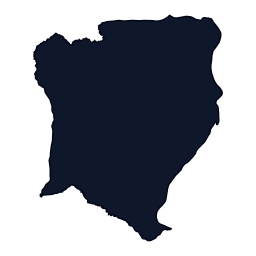 outline of Thala Barivat, Stœng Trêng, Cambodia
{"feature_id": "14789045B9277653142269", "entity_name": "Thala Barivat", "entity_type": "district", "adm_level": 2, "iso_a3": "KHM", "parent_name": "Cambodia", "parent_adm1": "Stœng Trêng", "projection": "albers", "projection_center": [105.709, 13.631], "detail": "fine", "context": "isolated", "style": "filled", "palette": "ink", "viewbox_px": 256, "rotation_deg": 0, "n_neighbors": 0, "source": "geoboundaries", "source_scale": "gbopen_adm2", "svg_char_len": 5555}
<svg xmlns="http://www.w3.org/2000/svg" viewBox="0 0 256 256"><path d="M41.3,196.8L42.5,195.3L43.5,195.0L52.1,194.3L55.2,193.3L56.5,193.3L57.9,192.9L58.6,192.4L59.1,192.4L59.5,192.1L60.0,192.2L60.5,192.0L62.4,191.9L62.8,191.3L62.9,190.8L65.6,189.4L67.7,187.2L68.3,187.0L68.9,186.4L69.4,186.5L70.5,185.4L71.8,184.7L73.1,185.2L73.7,184.9L73.8,185.2L74.6,185.3L74.8,185.5L74.9,186.1L75.7,186.4L75.6,187.1L76.4,187.5L77.5,188.6L78.0,188.8L78.9,188.7L79.1,189.2L80.0,190.0L81.0,190.3L81.4,191.2L81.8,191.2L81.7,191.5L81.1,191.5L81.0,191.9L82.4,192.3L83.3,192.4L82.9,193.1L83.0,193.7L84.0,194.1L84.1,194.3L84.1,194.7L83.6,195.2L83.6,195.6L84.6,196.5L84.7,197.1L85.6,197.2L85.4,197.9L85.6,198.2L87.8,199.9L87.9,200.6L87.7,201.3L88.2,202.0L87.9,202.5L89.2,202.9L90.6,203.0L92.5,203.8L93.6,203.8L94.1,203.7L94.1,203.4L94.8,203.3L95.2,203.7L94.9,204.0L95.0,204.3L95.9,204.9L97.1,204.9L97.8,205.5L98.3,204.9L98.6,205.0L99.0,205.7L99.4,205.8L100.9,205.5L101.5,206.0L101.7,206.6L101.5,207.0L101.8,207.1L101.9,206.9L102.5,207.3L103.0,207.0L102.7,208.1L102.9,208.3L104.4,208.3L105.7,208.8L106.5,209.6L106.7,210.5L106.2,211.1L106.8,212.0L107.4,211.8L108.0,211.9L108.4,212.3L108.6,212.9L108.6,214.5L109.3,214.1L110.1,214.4L110.5,215.1L111.3,215.5L112.2,214.7L112.9,214.8L113.1,215.1L113.9,215.6L114.0,216.2L115.2,216.4L116.1,215.7L116.6,215.7L117.4,217.2L118.3,217.8L121.7,218.9L123.7,219.9L126.1,220.7L126.9,222.0L128.1,222.9L128.4,222.9L128.8,223.7L129.0,224.9L129.5,225.3L132.3,226.1L133.1,226.7L134.3,229.0L135.7,230.9L136.9,231.5L137.9,231.7L139.0,232.1L139.3,233.2L139.8,234.2L140.8,235.3L141.8,237.4L143.2,238.7L145.9,239.1L147.3,240.3L148.2,240.6L150.6,240.5L155.6,238.0L156.5,236.5L157.6,235.4L159.8,234.4L162.4,230.4L163.2,230.1L164.1,229.4L165.3,229.1L166.4,229.2L166.2,229.6L167.7,229.9L168.4,229.6L169.8,229.6L170.9,229.2L171.1,228.7L167.0,227.1L164.5,225.8L161.0,224.5L159.1,223.6L158.0,222.4L157.4,221.4L156.3,218.1L156.1,216.0L156.5,213.1L157.1,211.3L158.1,209.6L159.4,207.9L162.4,204.9L164.9,201.8L165.8,199.4L167.6,188.2L168.8,184.5L175.7,175.1L177.7,173.3L180.1,170.6L180.8,170.1L182.4,166.8L183.8,164.9L184.7,164.0L187.6,162.2L189.4,160.5L193.4,156.0L195.5,153.2L195.7,152.0L196.5,150.4L197.8,148.7L204.1,142.3L205.2,140.9L208.8,134.5L209.4,133.9L210.1,132.0L210.5,129.2L213.4,125.0L214.4,123.2L214.6,121.7L215.1,121.6L215.9,122.0L216.2,122.5L216.7,124.5L217.2,124.5L217.8,123.9L218.7,121.7L218.8,119.9L218.5,116.8L218.6,114.2L218.1,108.1L217.7,106.3L215.8,103.8L215.8,101.8L216.8,99.8L220.4,96.4L221.7,94.8L222.1,93.8L222.1,92.0L221.9,91.3L219.9,88.1L216.8,85.0L214.7,81.7L213.7,79.6L211.8,74.1L211.1,70.8L210.8,68.4L210.8,64.8L211.4,61.3L211.9,55.4L212.8,51.1L216.5,46.1L219.1,42.1L219.9,39.7L220.5,37.4L220.8,34.4L220.5,32.5L218.8,29.4L217.2,27.0L214.1,23.2L211.4,19.0L211.0,19.3L210.1,18.7L208.5,18.1L207.7,18.2L204.0,17.7L203.2,18.0L202.3,18.6L202.1,19.1L201.9,20.2L200.5,20.3L195.9,19.5L193.1,17.9L190.8,16.9L186.3,16.4L177.4,18.0L174.6,18.0L173.6,17.8L169.5,15.4L167.6,17.3L163.8,19.5L161.6,20.4L158.8,21.0L156.0,21.2L152.0,20.7L144.8,20.5L139.5,20.8L132.0,20.5L124.2,21.1L119.0,20.5L115.3,20.9L114.8,21.1L107.2,21.7L103.8,22.7L102.4,22.8L101.9,23.3L101.2,24.4L100.4,24.6L100.0,25.2L99.0,25.6L98.7,25.9L98.6,27.9L99.2,28.8L98.8,29.5L99.1,29.7L99.8,29.7L100.1,30.0L100.1,30.9L99.6,31.5L99.5,32.9L100.1,33.2L100.5,33.0L100.9,33.2L100.6,34.2L100.7,34.4L102.0,35.2L102.9,34.6L103.6,35.5L103.7,36.0L103.3,37.0L103.9,37.3L103.0,37.9L103.6,38.7L103.4,39.5L102.7,40.9L101.9,41.2L101.1,41.1L99.8,41.6L98.7,41.5L98.4,41.6L97.7,42.7L97.3,42.9L97.0,42.9L96.4,42.0L94.8,40.8L94.7,41.8L93.8,41.4L92.9,41.8L92.5,42.6L91.1,42.5L89.6,40.7L89.4,39.8L88.3,39.3L87.4,39.2L86.2,38.1L85.9,38.2L85.0,39.0L84.3,39.1L83.6,38.8L83.3,38.9L83.1,39.5L82.6,40.0L81.2,40.6L80.5,40.6L79.3,39.6L79.1,40.4L78.6,40.7L77.4,40.3L76.9,40.3L76.2,40.8L75.3,40.5L74.9,40.7L74.2,41.8L73.8,41.7L73.1,42.0L72.8,43.0L72.4,43.3L72.7,44.4L71.8,44.9L69.6,44.8L69.4,44.5L69.1,43.3L68.3,43.0L67.9,42.2L67.3,42.5L66.7,42.1L67.2,41.8L66.7,41.0L66.3,41.0L66.1,40.8L66.1,40.3L65.7,39.8L65.4,39.7L64.6,39.9L64.3,39.7L63.9,38.8L64.0,38.3L63.6,37.5L62.6,36.5L61.3,35.9L60.6,35.9L59.6,34.9L58.9,35.2L58.3,35.1L57.3,34.2L55.9,33.4L55.5,33.5L55.1,34.2L54.5,34.4L53.9,35.3L52.9,36.0L52.4,36.2L52.1,36.6L51.5,36.9L51.2,37.4L50.9,37.2L50.4,37.9L50.5,38.4L50.3,38.8L49.6,39.1L49.0,39.0L48.1,39.5L47.8,39.2L47.6,39.6L47.2,39.7L47.2,40.5L46.6,40.6L46.1,42.3L45.6,41.8L45.1,42.0L44.2,41.6L44.1,41.8L43.7,41.7L43.4,42.3L42.7,42.5L41.5,43.6L41.1,43.4L40.8,43.5L39.4,45.2L38.8,45.5L38.3,45.5L37.0,46.3L36.5,48.2L36.6,48.8L36.2,49.3L36.5,49.7L35.7,50.4L35.6,51.0L35.3,51.1L35.3,51.4L34.9,51.9L34.5,51.9L34.2,52.2L34.9,52.4L34.5,53.4L34.8,53.7L34.5,54.2L34.1,54.3L34.0,54.5L34.2,55.3L33.9,56.1L34.3,56.6L34.4,58.3L34.7,58.2L35.0,58.5L34.4,59.0L35.6,59.4L36.2,60.2L35.9,61.0L36.5,61.2L36.4,62.0L36.7,63.0L37.2,63.6L37.0,63.8L37.1,64.0L35.8,65.0L35.6,66.1L36.3,66.8L37.2,68.0L37.1,69.0L37.4,69.7L36.9,70.5L36.6,71.6L36.2,71.7L35.6,72.2L35.7,72.7L34.9,73.5L34.9,74.5L35.5,75.4L35.6,78.6L36.5,79.1L36.8,79.6L38.2,80.5L38.1,82.0L38.9,84.7L41.5,86.1L42.4,87.0L43.4,87.2L44.4,88.2L45.4,92.6L50.0,99.5L52.1,106.3L52.0,110.3L53.0,113.0L53.9,114.1L53.9,117.1L54.4,120.0L54.1,120.8L53.0,122.2L52.9,124.1L52.0,125.5L52.1,126.9L52.8,129.7L53.0,131.2L52.5,141.0L51.4,146.0L50.5,153.4L50.5,156.1L49.2,160.2L50.2,168.1L50.3,170.1L50.2,175.1L50.4,177.5L50.5,179.8L49.7,181.3L49.1,182.0L46.1,184.5L44.4,187.7L42.1,190.3L42.1,192.5L41.4,193.6L40.3,194.7L40.4,196.1L41.3,196.8Z" fill="#0f172a" stroke="#020617" stroke-width="1.5"/></svg>